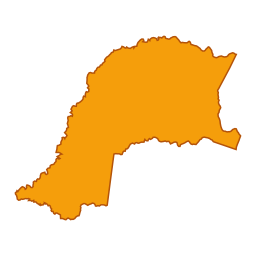 the district of Rochedo, Mato Grosso do Sul, Brazil
{"feature_id": "56859067B80674621579235", "entity_name": "Rochedo", "entity_type": "district", "adm_level": 2, "iso_a3": "BRA", "parent_name": "Brazil", "parent_adm1": "Mato Grosso do Sul", "projection": "robinson", "projection_center": [-54.738, -19.978], "detail": "fine", "context": "isolated", "style": "filled", "palette": "amber", "viewbox_px": 256, "rotation_deg": 0, "n_neighbors": 0, "source": "geoboundaries", "source_scale": "gbopen_adm2", "svg_char_len": 5647}
<svg xmlns="http://www.w3.org/2000/svg" viewBox="0 0 256 256"><path d="M123.6,46.9L122.0,46.4L121.4,47.8L120.2,49.0L117.0,50.0L115.0,50.6L113.9,50.0L113.2,52.0L111.4,52.7L110.7,53.8L109.6,54.8L108.5,56.1L106.9,57.0L105.6,58.4L104.6,59.9L105.0,61.3L103.7,62.5L102.5,63.4L101.9,64.9L100.5,65.1L99.5,67.0L97.9,67.3L96.9,68.4L96.2,70.2L95.2,70.8L94.6,71.8L94.5,73.0L92.0,73.1L90.5,72.5L89.1,72.9L88.5,73.9L87.7,75.0L87.4,76.4L87.0,77.7L87.1,78.9L87.0,80.8L86.8,83.4L88.0,84.8L88.8,86.1L87.5,87.8L88.9,89.1L88.7,91.5L87.4,92.1L86.3,91.7L85.6,93.0L85.3,94.5L85.4,96.7L83.8,96.1L83.2,97.1L83.0,99.1L81.9,100.5L80.3,101.9L79.4,102.4L78.4,103.1L77.2,103.1L76.5,104.0L76.3,106.3L75.0,106.2L73.8,105.7L72.5,106.3L71.8,107.7L71.0,109.2L72.1,110.9L70.3,112.6L71.8,113.4L72.6,114.9L72.3,116.3L70.9,115.7L69.8,116.4L68.2,116.6L67.7,117.8L67.9,119.0L68.2,120.5L67.7,122.2L67.3,123.6L67.9,125.1L68.4,127.4L66.7,128.4L66.7,129.6L66.1,131.0L64.6,132.6L66.0,134.1L67.0,135.5L66.2,136.9L65.2,137.5L64.8,138.7L64.1,137.5L63.1,137.3L62.1,137.7L62.3,139.3L61.6,140.6L60.9,142.2L60.9,144.1L58.9,145.3L57.4,145.6L57.1,147.1L56.9,149.3L56.4,151.1L56.1,152.4L57.3,152.5L58.5,152.4L60.3,153.1L61.8,154.1L60.5,154.4L59.0,155.6L57.2,156.5L58.4,157.4L59.9,158.5L58.9,159.0L57.4,158.2L56.5,158.7L56.0,159.7L56.0,161.5L54.7,162.8L53.8,164.3L51.5,164.8L50.3,165.6L49.9,167.8L47.9,168.3L46.7,169.6L47.5,171.5L47.7,173.7L46.2,174.5L45.3,173.7L44.8,172.2L43.6,172.6L42.2,173.0L41.1,173.6L40.4,175.4L40.3,177.0L39.8,178.3L38.9,179.2L37.7,178.9L36.8,179.8L36.4,181.4L34.5,181.1L33.3,182.1L33.4,183.6L33.0,185.2L33.1,186.6L32.1,187.6L30.8,187.4L30.0,186.2L28.8,185.5L27.0,185.0L26.4,186.2L26.7,187.5L26.1,188.7L25.2,189.3L24.6,187.8L23.4,187.1L22.3,186.7L21.4,187.4L20.5,188.2L19.8,189.0L18.7,190.2L17.8,191.6L17.0,190.7L16.3,192.1L15.4,192.8L15.5,194.0L16.5,195.4L17.1,197.5L17.3,199.1L18.7,200.2L20.2,199.9L21.2,199.0L22.6,199.3L24.1,199.0L25.1,198.6L26.1,198.6L27.2,198.8L28.4,198.5L29.6,199.0L28.6,200.5L30.5,200.4L31.9,201.2L33.7,200.4L33.9,202.1L34.9,201.9L36.0,202.0L37.3,203.5L38.5,204.0L39.4,204.9L40.1,204.0L40.8,205.4L41.7,204.9L43.1,204.9L43.8,203.7L45.0,203.9L44.6,202.8L46.1,203.5L47.5,204.5L48.2,205.8L49.5,205.4L50.3,206.2L50.5,207.7L51.6,208.9L51.1,210.4L51.7,211.4L53.0,211.4L53.8,213.4L54.9,214.1L55.9,213.0L57.0,213.1L58.5,213.9L60.4,214.9L60.5,217.0L60.6,218.5L62.3,218.5L63.4,218.8L64.6,219.4L65.9,219.7L67.1,218.6L68.1,218.0L69.7,218.8L70.6,219.6L71.6,219.3L73.3,219.3L74.8,218.5L75.7,217.2L76.7,216.5L77.6,215.8L78.9,215.8L79.4,214.7L79.8,212.9L80.2,211.6L80.7,210.1L80.4,209.0L80.9,207.8L80.4,206.6L81.1,204.9L82.4,204.2L83.7,203.6L84.9,203.6L86.3,204.4L87.8,205.3L88.9,204.6L89.9,204.2L91.0,203.9L92.3,203.1L93.9,203.4L95.0,204.5L95.5,206.0L96.7,206.1L97.9,205.6L99.3,206.0L101.0,204.8L102.9,204.8L103.9,204.9L104.9,205.2L106.0,205.8L107.2,205.2L110.5,179.7L113.9,154.1L115.1,153.7L116.5,153.7L117.6,153.8L119.4,153.8L120.8,154.6L122.1,154.4L123.0,152.0L124.0,151.1L125.2,151.2L125.7,149.1L127.2,148.8L128.3,147.8L129.3,145.9L130.4,144.1L132.5,143.1L134.6,144.0L135.3,142.9L136.9,142.6L138.0,143.2L139.1,143.1L140.2,142.5L141.7,142.1L143.0,142.2L144.1,142.0L144.4,140.5L144.9,139.4L145.6,140.4L146.9,140.8L147.9,140.8L148.5,139.4L149.5,138.6L150.3,139.4L151.5,138.9L152.4,138.3L153.1,137.3L154.8,137.2L156.5,137.8L157.8,138.8L158.4,140.1L159.3,141.2L161.0,141.8L163.3,141.5L165.2,141.0L166.7,141.7L167.7,141.4L168.9,141.4L169.8,142.6L170.5,143.9L172.5,143.0L174.0,142.2L175.5,142.0L176.8,142.4L177.2,143.4L177.6,145.1L178.7,146.4L180.0,146.4L180.5,144.7L181.5,144.2L183.4,143.5L185.2,142.6L186.7,141.6L188.3,141.0L189.4,141.9L190.2,143.1L191.0,144.0L192.3,144.5L193.6,144.1L194.5,144.3L196.0,144.5L197.2,143.1L198.4,141.8L199.3,140.6L200.0,139.6L201.3,139.1L202.3,137.6L204.3,137.1L205.9,137.5L207.7,137.8L209.6,138.5L210.8,139.5L212.0,139.9L213.4,141.7L236.1,149.5L236.4,147.0L237.5,144.0L238.4,141.8L239.0,140.4L239.5,138.8L240.6,135.9L239.8,134.9L238.9,133.9L238.4,132.7L237.6,131.9L236.9,130.5L236.3,128.9L234.9,128.6L232.7,129.5L231.0,131.2L229.8,131.7L228.7,131.7L227.4,131.9L226.3,131.7L225.2,131.2L224.1,131.2L223.1,130.8L222.0,129.6L221.4,128.0L220.8,126.3L220.2,123.1L220.1,121.9L219.9,120.7L219.6,119.6L219.0,118.1L218.2,116.6L218.0,114.0L219.0,112.3L219.2,110.9L219.5,109.8L220.2,108.8L220.7,107.7L220.2,106.1L219.1,104.7L218.5,103.0L218.5,101.7L219.1,100.2L218.1,98.9L218.5,97.5L218.3,96.3L218.0,94.5L218.3,92.5L217.6,91.0L217.9,89.7L218.6,88.8L220.0,86.1L228.9,69.4L229.5,68.3L236.3,54.4L235.1,54.1L233.8,53.1L232.6,52.8L229.8,53.8L228.6,54.6L227.6,56.1L226.5,56.7L224.5,57.0L222.9,56.6L221.4,56.0L219.9,56.3L218.7,56.6L217.6,57.3L216.4,57.7L214.7,57.3L213.4,56.6L212.7,55.7L212.9,54.3L212.0,52.5L211.6,50.4L210.5,48.9L209.4,47.3L208.3,46.9L207.4,47.9L206.2,48.9L205.2,50.3L204.3,51.0L202.6,51.0L200.9,49.8L200.0,48.4L198.5,47.4L197.6,46.6L196.3,45.9L194.6,45.6L192.4,44.8L191.0,44.5L190.6,43.2L190.2,42.1L189.1,41.3L188.0,42.1L187.0,42.8L185.4,42.8L184.0,42.7L182.3,42.4L181.0,42.8L179.7,41.5L178.6,39.8L177.8,39.0L177.1,38.3L176.3,37.2L175.1,36.6L173.1,36.8L171.8,37.5L170.7,38.0L169.7,39.0L168.5,39.1L166.8,38.6L165.6,38.3L165.1,36.7L164.0,36.3L162.9,36.9L161.8,38.0L160.9,37.5L159.8,37.5L158.6,37.1L158.0,38.0L158.8,38.9L158.2,40.1L157.2,40.4L156.5,38.7L155.1,38.0L153.5,37.6L151.7,38.0L150.1,39.2L149.8,40.6L148.3,39.3L147.8,40.9L147.0,42.1L146.0,42.3L144.0,41.9L142.8,41.7L143.8,40.6L143.3,39.2L141.9,39.0L140.4,39.9L139.2,41.2L138.0,42.5L137.2,44.3L136.8,46.2L135.0,46.4L133.9,47.9L133.8,46.6L132.6,47.0L131.4,47.6L130.3,48.4L128.2,48.1L126.6,47.0L125.9,48.1L124.7,47.8L123.6,46.9Z" fill="#f59e0b" stroke="#b45309" stroke-width="1.5"/></svg>